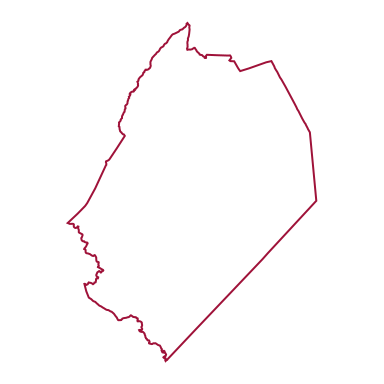 Narok East, Rift Valley, Kenya (orthographic projection)
{"feature_id": "3690345B66691350288687", "entity_name": "Narok East", "entity_type": "district", "adm_level": 2, "iso_a3": "KEN", "parent_name": "Kenya", "parent_adm1": "Rift Valley", "projection": "orthographic", "projection_center": [36.053, -1.156], "detail": "fine", "context": "isolated", "style": "outline", "palette": "rose", "viewbox_px": 384, "rotation_deg": 0, "n_neighbors": 0, "source": "geoboundaries", "source_scale": "gbopen_adm2", "svg_char_len": 5843}
<svg xmlns="http://www.w3.org/2000/svg" viewBox="0 0 384 384"><path d="M307.6,128.1L305.8,124.7L305.6,124.0L305.3,123.7L304.4,122.4L302.2,118.5L298.4,110.9L297.3,109.3L296.5,107.4L294.7,103.9L285.4,86.5L281.3,79.3L280.0,77.5L277.3,72.0L275.8,69.7L274.8,68.0L274.4,66.7L273.8,65.5L271.4,61.1L266.2,62.3L248.9,68.4L240.2,71.1L239.0,69.5L237.9,67.8L234.2,61.3L230.3,61.1L229.4,60.4L231.3,57.9L230.8,56.4L230.0,55.4L229.2,55.5L226.1,55.5L216.6,55.2L206.9,54.8L205.9,56.0L206.1,57.3L205.9,58.0L205.4,58.0L204.7,57.9L204.5,57.3L204.2,56.9L203.8,56.6L203.1,56.3L202.2,55.2L201.6,55.0L200.2,54.8L199.6,54.5L199.4,53.7L197.4,51.9L196.8,51.3L196.4,50.3L195.7,49.4L194.8,47.9L194.2,47.8L193.8,48.2L193.2,48.4L192.2,49.2L190.4,49.6L188.7,49.5L187.4,49.8L187.0,48.8L187.6,46.8L187.5,45.5L187.6,44.9L187.4,43.8L187.4,41.9L188.0,40.1L187.9,38.5L188.7,36.4L189.1,34.1L189.6,29.5L189.3,27.4L189.6,25.6L189.3,25.1L188.8,24.9L187.4,23.0L186.6,23.7L186.7,24.2L186.6,24.7L186.0,26.1L185.1,27.1L183.8,27.9L183.0,28.8L182.0,29.5L181.5,29.5L179.8,30.2L179.0,31.4L178.4,31.8L174.5,33.7L173.0,34.2L172.5,34.5L171.7,35.3L170.1,37.5L168.6,39.4L167.3,41.6L167.2,42.2L166.1,43.3L165.1,43.7L164.7,44.0L163.9,45.1L163.4,46.3L160.8,47.8L159.9,49.1L159.4,50.3L158.8,51.2L157.8,52.0L157.3,52.2L156.9,52.5L156.6,52.9L156.0,53.9L154.9,54.9L152.2,57.8L151.7,59.3L150.5,61.7L150.4,62.9L150.5,63.6L150.4,64.2L150.7,65.3L150.7,66.0L150.3,67.2L150.0,67.8L149.8,68.1L148.9,68.7L148.6,69.2L147.5,69.7L146.6,69.9L146.2,69.6L145.5,69.7L145.3,70.3L144.7,70.9L144.3,71.5L144.3,72.1L143.3,72.8L143.3,73.3L142.5,75.2L140.3,77.0L139.5,77.9L138.6,79.2L138.6,79.7L138.4,80.0L138.4,80.6L138.2,81.1L137.4,81.7L137.6,82.3L138.0,83.4L138.1,84.0L137.9,84.6L138.1,85.6L137.6,86.7L136.4,88.1L136.0,88.3L135.7,88.9L135.1,89.0L134.7,89.3L134.5,89.7L134.1,89.8L134.0,90.3L134.4,90.5L133.9,90.9L133.8,91.4L133.4,91.6L133.0,91.4L132.6,91.7L132.0,91.7L130.6,92.5L130.2,93.1L129.9,93.4L129.7,93.9L130.4,94.2L130.2,95.1L129.4,96.4L128.9,96.7L129.2,97.9L128.4,98.8L128.1,100.2L127.8,100.6L127.8,101.2L127.5,101.8L127.5,103.2L127.1,104.1L126.8,104.5L126.2,104.8L125.9,105.2L125.6,105.5L125.2,106.0L125.3,107.3L125.5,107.7L125.4,108.1L125.5,108.6L125.0,109.1L124.8,109.5L124.6,111.5L124.5,111.9L123.8,112.4L123.6,113.1L123.1,114.1L123.0,114.7L122.4,115.3L122.0,116.6L122.0,118.2L121.2,118.9L120.6,119.9L120.7,120.5L120.1,121.5L119.6,121.8L119.0,122.5L119.1,123.7L118.9,125.2L118.9,125.9L118.8,126.4L119.4,126.8L119.7,129.7L120.0,130.2L120.1,131.1L120.7,131.9L121.5,132.5L121.7,133.0L122.5,133.8L123.1,134.3L123.8,134.4L124.2,134.9L124.8,135.9L117.0,148.0L109.6,159.1L108.9,159.9L108.4,160.3L106.0,161.4L105.9,162.2L106.3,163.4L106.3,164.1L106.3,164.9L105.9,165.3L95.2,188.4L87.2,203.1L85.2,205.9L77.7,213.6L72.6,218.4L67.7,223.0L69.8,223.9L72.7,223.8L73.2,223.9L73.7,224.2L73.9,224.7L73.7,225.8L73.9,226.9L74.9,227.8L75.6,228.0L76.1,227.9L77.1,227.3L77.8,226.4L78.4,226.6L78.1,228.1L78.3,228.7L78.8,229.9L78.8,232.2L79.1,232.6L81.9,234.1L82.3,234.3L82.5,234.7L82.6,235.1L82.0,236.9L81.7,237.6L81.3,238.0L81.3,238.5L81.7,240.2L82.1,240.7L82.7,241.1L83.3,241.4L83.9,241.2L84.3,241.4L84.7,242.0L85.3,242.3L87.2,242.6L87.6,243.1L87.6,243.6L86.9,244.4L86.6,245.4L85.9,246.7L84.3,248.6L84.2,249.1L85.3,249.5L85.6,250.0L85.6,252.1L85.9,252.7L86.3,253.1L86.9,253.3L87.8,253.4L89.9,254.1L91.8,255.5L92.5,255.8L93.2,256.0L93.8,255.7L94.1,255.3L94.5,255.1L95.0,255.3L96.2,257.4L96.3,260.1L96.6,261.3L97.1,261.8L98.3,262.0L98.7,262.3L98.7,263.0L98.3,264.0L98.8,265.9L98.5,266.3L98.0,266.6L97.9,267.1L100.3,268.3L101.6,269.2L102.4,269.5L103.1,270.0L103.3,270.4L103.0,270.9L102.2,271.0L101.7,271.6L101.5,272.0L101.2,272.4L100.7,272.5L99.6,271.2L99.1,271.1L97.3,272.4L96.8,273.8L96.4,274.4L96.3,275.1L96.3,275.6L96.9,276.5L98.2,277.3L98.1,277.8L97.9,278.4L96.5,278.5L96.1,279.0L96.0,279.5L96.0,280.5L95.6,282.3L95.1,282.5L94.5,282.5L94.3,283.0L93.5,283.9L93.0,284.2L92.1,283.5L91.1,283.0L90.6,282.8L89.8,282.8L88.8,282.4L88.4,282.8L87.9,284.0L87.5,284.4L87.1,284.4L86.5,284.9L85.9,284.8L85.2,284.0L84.8,283.8L84.4,283.9L86.3,291.3L88.8,297.6L91.3,299.2L92.9,300.8L93.5,301.2L95.3,301.9L97.0,303.6L97.6,304.0L98.8,305.2L99.5,305.7L101.3,306.5L102.8,307.6L103.3,307.8L106.3,309.7L107.4,310.0L108.0,310.0L108.8,310.3L110.5,311.4L111.6,311.7L113.9,313.7L115.9,316.5L116.8,317.5L117.3,318.7L118.2,320.1L118.6,320.2L120.8,320.1L121.3,320.0L121.5,319.5L122.1,319.1L122.4,318.6L123.4,318.2L125.2,317.9L125.8,317.9L127.9,317.2L128.4,317.2L129.4,316.7L130.4,315.6L130.9,315.3L132.0,316.0L132.8,316.7L133.3,317.0L133.7,316.9L134.6,317.2L135.2,317.1L135.7,317.4L136.1,317.4L136.6,318.2L137.0,318.4L137.5,318.3L137.8,318.9L137.7,320.0L137.4,320.7L137.6,321.3L138.1,321.4L138.5,321.1L140.0,321.3L141.0,321.8L141.6,322.3L141.9,323.0L141.8,323.7L142.1,324.7L142.1,325.2L142.1,325.8L141.4,327.0L141.5,327.7L141.9,328.2L142.2,328.9L142.1,329.5L141.7,329.9L141.2,330.1L139.8,329.9L139.1,330.1L139.4,330.8L139.8,331.3L141.3,331.9L142.3,331.8L143.2,332.1L144.5,333.5L144.8,334.9L145.2,335.5L145.5,337.3L145.9,337.8L146.0,338.4L146.5,338.8L146.9,339.0L147.4,340.1L147.8,340.4L148.7,340.3L149.1,340.5L149.5,341.5L149.6,341.9L149.4,342.3L149.0,342.7L149.0,343.2L149.3,343.5L151.8,344.1L152.3,344.0L153.3,343.3L154.5,343.4L155.0,343.2L155.6,343.3L158.1,345.0L159.0,345.3L159.9,345.6L160.6,346.8L161.0,348.0L161.7,348.8L161.9,349.4L161.6,349.9L161.5,350.3L162.2,352.0L162.5,352.4L163.6,352.6L163.6,352.1L162.9,351.2L163.9,350.8L164.4,351.1L165.1,352.8L165.4,353.2L166.1,354.5L165.7,355.8L165.4,356.3L164.8,356.2L164.5,356.6L163.8,356.8L163.4,357.3L163.7,357.7L164.1,358.0L164.7,357.8L165.1,358.2L165.2,358.8L165.7,358.7L165.9,359.2L165.7,359.8L165.3,360.3L165.6,361.0L166.7,359.9L167.2,359.9L167.6,359.2L194.4,330.8L262.4,259.3L267.9,253.1L316.3,200.8L309.9,132.6L309.8,132.2L307.9,128.9L307.6,128.1Z" fill="none" stroke="#9f1239" stroke-width="2"/></svg>